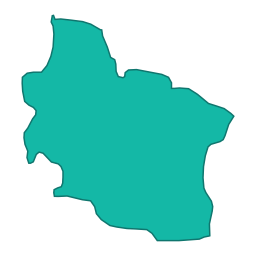 the Statistical Region of Berovo
{"feature_id": "MKD-3004", "entity_name": "Berovo", "entity_type": "Statistical Region", "adm_level": 1, "iso_a3": "MKD", "parent_name": "North Macedonia", "parent_adm1": "", "projection": "albers", "projection_center": [22.775, 41.662], "detail": "fine", "context": "isolated", "style": "filled", "palette": "teal", "viewbox_px": 256, "rotation_deg": 0, "n_neighbors": 0, "source": "natural_earth", "source_scale": "10m", "svg_char_len": 1425}
<svg xmlns="http://www.w3.org/2000/svg" viewBox="0 0 256 256"><path d="M233.8,116.2L228.7,124.4L225.0,135.7L223.2,139.6L220.0,141.6L210.9,144.3L208.0,146.9L205.3,155.8L203.5,166.6L203.0,177.8L203.9,188.1L205.8,192.5L211.4,201.2L212.7,206.5L212.2,211.0L209.4,223.9L209.8,235.8L209.5,235.9L204.2,237.0L199.3,239.1L178.8,240.6L163.9,240.6L160.1,240.6L157.3,240.6L152.0,233.3L146.8,229.6L135.6,228.9L127.0,228.5L116.8,227.0L109.9,225.5L101.3,219.6L96.4,213.7L94.7,206.7L90.6,200.8L84.5,200.0L82.3,199.7L67.1,196.0L58.3,196.4L54.4,196.3L53.8,192.7L54.1,189.7L57.7,187.9L61.3,186.7L62.7,183.1L63.0,177.2L63.0,171.3L61.0,166.5L58.3,163.9L51.4,162.0L43.1,153.2L39.1,152.1L36.3,154.4L33.3,161.8L30.5,163.2L28.8,163.2L27.0,157.6L27.8,151.2L27.2,149.7L25.0,144.3L24.0,137.8L24.3,132.7L27.8,128.1L32.6,118.9L35.7,114.8L36.1,110.6L33.4,107.4L28.9,105.1L24.7,101.4L22.7,91.2L22.2,83.2L22.4,77.5L22.4,77.3L27.2,73.2L33.5,72.2L41.5,72.2L47.0,65.5L50.9,56.3L53.1,47.1L53.9,34.1L53.1,26.0L51.2,22.0L52.3,15.7L53.5,15.4L55.0,19.4L60.8,19.0L70.7,20.1L82.6,21.6L90.8,24.2L100.4,29.8L101.7,29.9L102.6,36.0L107.3,47.1L110.6,57.4L114.7,59.7L115.8,64.1L116.1,71.4L118.3,76.6L123.0,77.7L124.7,76.6L125.2,72.6L128.5,70.0L136.5,69.6L161.8,74.4L168.5,77.3L171.5,82.8L171.5,88.4L174.5,88.4L179.5,88.0L188.6,88.7L197.4,94.3L208.5,103.5L216.4,106.0L224.2,108.6L230.8,113.4L233.5,115.9L233.8,116.2Z" fill="#14b8a6" stroke="#0f766e" stroke-width="1.5"/></svg>